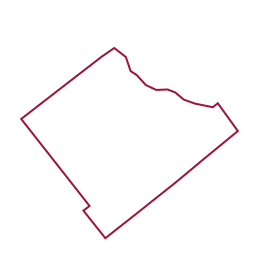 outline of Cleveland, Arkansas, United States of America, rotated 142°
{"feature_id": "52423323B40127238387579", "entity_name": "Cleveland", "entity_type": "district", "adm_level": 2, "iso_a3": "USA", "parent_name": "United States of America", "parent_adm1": "Arkansas", "projection": "natural_earth1", "projection_center": [-92.252, 33.884], "detail": "fine", "context": "isolated", "style": "outline", "palette": "rose", "viewbox_px": 256, "rotation_deg": 142, "n_neighbors": 0, "source": "geoboundaries", "source_scale": "gbopen_adm2", "svg_char_len": 440}
<svg xmlns="http://www.w3.org/2000/svg" viewBox="0 0 256 256"><g transform="rotate(142 128 128)"><path d="M87.7,56.9L43.3,58.0L42.0,92.2L48.4,92.2L60.2,106.0L66.6,116.1L68.9,127.0L73.1,134.0L82.3,140.6L87.5,150.8L88.5,164.2L90.9,171.2L86.0,185.3L89.6,199.5L104.6,200.4L137.9,200.6L206.6,200.9L206.5,165.5L206.3,90.3L214.0,90.3L213.7,55.1L202.3,55.2L175.5,55.3L121.7,55.8L87.7,56.9Z" fill="none" stroke="#9f1239" stroke-width="2"/></g></svg>